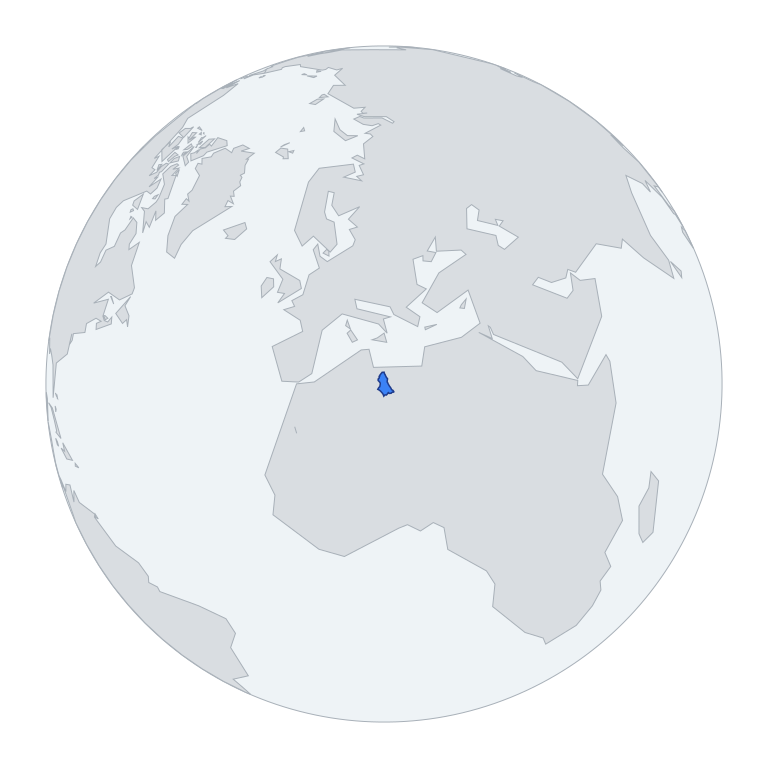 Ghadamis highlighted on a globe, orthographic projection, rotated 335°
{"feature_id": "LBY-2882", "entity_name": "Ghadamis", "entity_type": "Municipality", "adm_level": 1, "iso_a3": "LBY", "parent_name": "Libya", "parent_adm1": "", "projection": "orthographic", "projection_center": [10.859, 30.473], "detail": "fine", "context": "on_globe", "style": "filled", "palette": "blue", "viewbox_px": 768, "rotation_deg": 335, "n_neighbors": 0, "source": "natural_earth", "source_scale": "10m", "svg_char_len": 11171}
<svg xmlns="http://www.w3.org/2000/svg" viewBox="0 0 768 768"><g transform="rotate(335 384 384)"><circle cx="384" cy="384" r="338" fill="#eef3f6" stroke="#a8b0b8"/><path d="M249.1,74.2L281.5,62.6L322.3,52.3L332.1,50.1L332.4,50.5L340.5,48.9L363.3,46.7L364.5,46.7L373.0,46.3L374.6,46.6L362.3,47.8L363.1,48.3L373.4,47.5L381.5,48.0L366.2,48.9L378.8,50.1L360.5,54.6L318.4,60.3L309.9,66.3L271.2,82.5L276.4,82.5L265.1,89.9L267.0,93.0L259.2,96.0L267.4,96.0L274.1,92.8L280.0,91.9L281.7,93.7L272.1,97.5L269.9,97.2L268.0,99.3L262.5,100.6L266.2,101.0L254.4,106.0L268.5,104.0L261.1,110.5L252.7,113.1L250.5,108.9L225.3,107.8L216.1,110.8L205.2,118.3L191.2,139.6L182.2,145.2L172.3,155.6L178.6,153.7L188.6,145.2L197.8,145.3L209.0,135.8L214.4,134.9L227.0,127.5L228.3,133.1L222.8,142.9L212.3,149.6L209.6,154.4L222.1,152.2L205.2,169.9L198.5,191.3L193.8,195.9L179.8,196.0L173.1,184.3L155.0,188.0L170.0,190.7L157.9,203.7L157.3,208.3L159.8,211.0L165.6,208.3L162.2,214.3L146.1,212.9L149.0,207.5L154.1,207.6L150.8,202.7L139.9,203.5L134.7,210.9L123.8,207.1L119.9,212.6L115.3,215.5L122.3,206.6L109.6,223.0L95.9,226.5L78.3,256.6L92.1,226.8L94.9,217.9L96.7,210.8L93.6,215.4L100.1,201.9L99.0,202.4L113.3,181.8L129.0,162.3L146.1,144.0L164.5,127.1L184.1,111.5L204.8,97.5L226.5,85.0L249.1,74.2ZM72.3,253.6L74.5,248.7L72.7,255.1L63.9,275.7L72.3,253.6ZM63.5,276.8L58.9,295.0L53.5,314.2L50.7,329.4L50.8,334.1L50.2,347.1L53.3,340.4L56.7,342.8L53.1,360.0L57.9,349.4L57.8,362.6L66.9,379.8L65.3,382.3L72.4,417.5L86.0,442.4L89.1,458.7L86.9,464.5L92.9,472.2L93.1,477.4L122.3,506.7L141.6,530.0L144.0,547.2L133.6,558.1L137.7,591.1L122.6,587.8L127.9,599.5L132.0,609.0L128.0,604.6L112.7,585.4L98.8,565.2L86.4,544.1L75.6,522.1L66.4,499.4L58.9,476.0L53.0,452.2L49.0,428.0L46.7,403.6L46.1,379.1L47.1,370.5L49.7,344.7L50.2,337.5L48.9,342.2L52.2,319.8L63.5,276.8ZM73.3,265.6L68.2,296.9L66.3,289.0L67.5,288.2L69.8,278.0L72.4,264.6L72.1,259.2L73.3,265.6ZM81.9,257.2L82.4,253.2L82.6,255.9L81.9,257.2ZM266.5,67.2L263.7,68.2L261.0,69.2L266.5,67.2ZM373.9,46.3L375.2,46.2L379.1,46.1L373.9,46.3ZM225.5,125.1L226.2,126.3L223.5,127.0L225.5,125.1ZM230.3,121.0L226.6,121.0L228.3,119.1L230.5,119.1L230.3,121.0ZM385.0,46.7L390.7,47.1L382.8,46.8L385.0,46.7ZM234.4,121.6L231.8,115.7L234.9,112.5L246.1,110.2L234.4,121.6ZM392.7,47.5L406.7,49.3L410.9,48.9L406.9,51.8L396.3,48.7L385.8,48.2L392.3,48.0L392.7,47.5ZM275.5,91.0L268.5,94.5L272.7,90.1L275.5,91.0ZM276.8,88.5L281.7,77.7L293.0,74.1L289.1,78.1L302.4,72.7L305.6,76.1L298.9,79.8L291.0,81.4L298.2,81.6L276.8,88.5ZM402.4,53.5L403.9,54.5L399.9,53.7L402.4,53.5ZM282.6,91.3L282.6,89.1L292.4,85.7L294.2,89.4L290.5,89.2L282.6,91.3ZM304.4,69.9L312.0,68.4L316.6,70.6L320.2,70.4L306.6,75.9L304.4,69.9ZM289.1,91.0L294.9,91.4L291.9,94.9L283.3,93.2L289.1,91.0ZM294.2,83.4L298.9,82.1L296.9,83.9L294.2,83.4ZM284.3,108.3L284.1,105.2L289.2,103.1L284.3,108.3ZM297.3,91.4L298.3,90.3L300.3,89.2L303.4,90.3L297.3,91.4ZM310.8,77.3L311.1,78.8L316.6,75.1L320.3,77.1L310.5,80.6L316.3,80.0L317.4,80.6L308.2,82.8L310.8,77.3ZM312.4,88.5L301.3,94.5L300.7,100.3L296.1,102.2L298.0,92.6L312.4,88.5ZM310.8,84.9L310.8,87.5L305.1,88.3L301.6,87.1L310.8,84.9ZM326.3,77.4L323.2,73.4L325.4,72.9L326.3,77.4ZM313.4,90.0L316.0,88.6L314.0,90.3L313.4,90.0ZM323.6,80.9L322.2,79.5L324.8,78.8L323.6,80.9ZM322.5,87.2L318.9,89.0L316.4,88.0L322.5,87.2ZM323.9,84.2L327.8,83.7L317.7,86.6L322.8,83.6L323.9,84.2ZM326.2,80.6L327.3,79.7L326.5,81.3L326.2,80.6ZM334.0,90.2L321.9,94.1L316.4,91.8L328.9,88.2L334.0,90.2ZM495.5,65.0L490.1,63.4L453.2,54.8L468.9,58.0L467.6,58.3L474.7,60.4L485.6,63.1L485.4,62.7L514.5,76.0L545.3,90.5L537.6,84.7L541.3,85.6L569.5,101.6L616.1,138.6L619.0,141.2L627.7,150.0L626.9,149.1L627.2,149.7L621.2,143.8L630.8,155.1L622.6,147.2L634.2,160.7L639.1,164.7L633.6,157.0L647.1,173.2L652.3,178.6L653.3,179.9L671.2,206.0L686.6,233.6L693.9,250.2L696.4,256.0L695.1,255.0L700.8,271.5L708.8,290.7L715.3,317.6L717.2,327.7L716.0,321.4L712.7,318.7L717.4,342.1L720.1,349.7L720.7,355.1L721.5,368.1L721.5,368.4L719.7,353.5L718.5,352.0L715.0,332.4L706.6,309.8L706.6,322.7L702.9,311.5L691.4,297.2L689.2,315.5L688.3,362.0L694.3,392.1L691.3,410.8L672.6,379.4L661.3,353.4L656.4,361.2L635.6,346.6L604.9,363.7L599.0,357.8L593.6,364.7L578.7,362.8L568.9,352.5L560.6,356.9L586.2,383.7L594.9,379.1L599.9,362.1L605.6,373.0L619.8,377.6L609.9,414.7L561.8,461.1L554.4,439.4L504.2,385.4L504.3,377.6L503.9,376.8L503.1,375.4L501.3,388.5L491.7,377.3L521.4,417.7L527.5,436.2L561.1,462.7L558.6,467.3L568.7,471.3L597.6,451.2L598.3,458.9L586.3,499.3L543.9,558.1L548.1,584.8L542.5,608.5L513.0,630.0L512.4,645.2L496.6,653.9L493.5,662.4L479.1,673.1L456.2,684.0L420.6,688.1L420.9,681.5L406.8,668.8L388.4,631.7L400.0,612.2L397.9,596.7L371.9,560.9L377.7,539.5L370.1,530.4L354.9,532.6L345.8,521.4L336.3,520.9L275.2,523.6L255.2,506.3L228.1,455.6L238.2,438.6L237.6,416.1L304.8,346.9L321.7,352.7L377.7,343.5L385.1,346.2L381.5,364.5L425.8,383.7L436.6,367.5L473.9,374.4L496.8,369.5L499.9,334.4L462.3,341.7L452.9,326.5L480.7,306.5L513.1,301.2L510.5,295.2L487.6,285.8L492.6,272.5L479.4,281.7L486.6,286.8L478.5,293.1L471.4,288.9L473.5,284.1L463.0,283.2L456.0,307.7L462.5,315.7L436.6,323.8L445.0,338.2L438.8,346.2L422.3,325.2L422.1,316.6L393.4,294.9L391.3,304.4L418.2,325.9L410.9,324.8L408.3,339.3L404.5,327.4L375.7,302.8L350.7,309.1L323.0,344.0L307.5,346.2L292.6,338.3L298.5,302.8L332.5,302.0L335.0,290.8L324.6,274.3L335.8,275.9L335.7,269.5L348.2,268.8L362.2,253.4L374.4,251.6L376.6,232.4L383.1,229.2L380.0,241.2L384.3,249.1L414.1,245.6L418.9,241.1L417.9,229.3L426.2,230.5L421.4,219.6L436.9,213.0L414.0,212.4L412.2,200.0L419.7,189.6L415.0,185.8L402.8,203.0L401.7,210.1L407.2,216.2L400.5,237.5L391.0,241.7L382.5,220.2L368.1,224.4L367.8,207.0L400.9,169.1L416.4,161.1L449.2,171.8L447.5,179.8L434.9,179.5L449.6,190.4L447.0,184.3L453.9,185.7L453.9,175.4L458.8,176.0L450.5,165.6L456.5,165.3L461.7,171.8L466.9,157.7L478.5,155.0L477.3,151.6L472.8,148.8L490.5,148.0L488.9,145.6L482.4,144.9L474.9,139.9L468.6,131.1L475.1,131.3L478.2,134.5L494.6,142.0L502.0,151.3L504.0,150.5L499.1,142.7L479.1,133.3L473.5,128.1L483.3,131.3L479.3,129.7L478.5,127.2L483.8,125.2L473.2,121.3L455.9,97.2L464.4,92.0L475.1,96.9L469.8,83.3L479.9,80.4L473.9,79.4L467.4,73.6L464.1,74.3L460.8,73.5L442.5,61.1L443.2,59.1L428.6,54.6L425.5,54.4L424.1,55.5L406.9,51.8L410.9,48.9L417.7,49.4L415.7,48.1L431.4,49.9L443.5,51.5L461.9,55.7L469.8,57.4L468.0,56.8L472.7,57.9L495.5,65.0ZM285.0,385.0L284.0,391.8L285.0,385.0ZM550.1,312.9L567.8,307.7L555.2,289.6L560.9,286.4L554.5,281.8L554.2,288.4L537.8,275.3L543.7,266.5L539.2,258.4L533.0,259.8L524.8,278.4L548.2,296.7L546.1,306.7L550.1,312.9ZM67.3,380.1L68.0,385.6L66.2,382.8L67.3,380.1ZM63.5,294.4L63.6,298.4L62.8,302.9L62.3,301.0L63.5,294.4ZM70.6,325.4L72.0,331.0L69.5,328.0L70.6,325.4ZM68.0,301.5L69.4,321.5L64.8,317.9L64.3,305.6L66.1,310.0L68.0,301.5ZM76.7,264.9L76.2,268.3L74.7,270.6L76.7,264.9ZM82.0,259.4L81.8,258.7L83.1,255.2L82.0,259.4ZM158.9,203.7L160.0,204.0L161.5,207.7L158.5,208.0L158.9,203.7ZM181.7,214.4L175.7,223.9L177.9,216.9L172.6,218.6L170.7,206.7L191.3,197.7L182.3,203.6L181.7,214.4ZM174.0,189.5L172.8,197.3L173.3,189.2L174.0,189.5ZM322.9,238.0L328.3,242.0L325.1,249.3L309.7,254.1L314.1,243.3L322.9,238.0ZM336.6,246.3L332.4,225.0L341.9,221.9L337.3,227.1L343.9,227.2L338.3,235.7L351.4,254.6L349.5,262.5L322.0,265.6L332.1,259.9L326.2,255.9L336.6,246.3ZM305.3,183.7L303.6,176.6L326.2,178.9L325.1,185.4L309.7,189.9L301.9,185.0L305.3,183.7ZM254.7,119.5L252.6,118.2L255.2,116.9L259.2,117.0L254.7,119.5ZM283.8,107.0L266.6,124.6L263.4,123.8L257.2,136.2L246.2,139.1L250.5,130.7L237.5,142.8L237.0,136.4L229.1,145.1L239.9,126.2L238.9,121.7L244.2,125.5L254.3,122.8L258.4,120.3L269.4,110.2L272.3,100.1L282.8,96.6L289.5,96.9L290.4,98.8L283.3,100.2L289.6,101.7L280.0,105.4L283.8,107.0ZM361.5,113.6L352.9,112.5L364.0,120.0L354.4,122.1L356.3,122.9L350.5,127.1L346.7,133.9L342.0,134.1L342.6,136.7L338.7,139.9L337.9,143.7L329.1,145.6L327.5,150.6L324.2,148.8L323.7,157.0L320.1,151.8L314.8,156.1L321.1,158.8L275.4,164.2L259.1,171.8L247.3,181.5L242.8,172.5L250.9,158.2L265.4,143.8L281.9,138.3L276.8,135.7L283.2,132.5L284.5,135.9L286.3,128.9L291.9,127.3L304.9,117.1L304.0,109.0L308.7,105.4L311.9,107.8L314.4,102.7L323.5,105.1L327.1,102.8L339.7,103.2L343.7,110.0L347.4,106.9L357.1,107.7L361.5,113.6ZM337.5,90.5L344.4,97.0L342.6,101.7L321.4,99.0L316.9,100.8L303.3,100.2L306.2,93.6L309.9,94.3L314.1,93.5L311.5,95.9L316.7,93.4L321.9,94.5L327.3,93.0L328.1,95.4L337.5,90.5ZM391.9,338.9L397.4,339.4L405.6,337.9L404.1,347.4L391.9,338.9ZM372.0,322.4L376.7,321.0L378.6,332.8L372.9,332.8L372.0,322.4ZM377.7,310.6L376.8,320.0L373.9,314.9L377.7,310.6ZM384.1,239.6L389.0,237.8L390.1,240.4L388.2,244.8L384.1,239.6ZM392.4,139.3L387.7,137.2L388.8,135.7L383.6,128.3L390.2,126.6L396.0,130.4L392.4,139.3ZM494.4,341.6L488.8,349.5L484.9,347.1L487.6,344.8L494.4,341.6ZM445.0,349.7L457.1,352.3L444.4,352.3L445.0,349.7ZM398.8,136.2L395.9,133.2L401.0,134.3L398.8,136.2ZM394.8,125.0L400.6,125.5L390.4,125.5L394.8,125.0ZM591.9,587.9L565.1,632.1L551.6,637.0L551.8,627.5L563.5,602.4L580.1,590.1L589.0,576.2L591.9,587.9ZM721.8,391.9L718.8,372.7L719.9,367.4L721.7,372.3L721.8,391.9ZM695.4,394.0L701.0,407.2L698.8,413.4L695.4,394.0ZM699.8,264.0L701.5,269.5L699.9,265.6L696.6,256.3L699.8,264.0ZM451.7,123.1L451.5,134.9L455.8,143.4L465.2,147.9L451.9,147.2L445.3,133.9L451.7,123.1ZM454.7,100.1L446.5,97.1L449.9,95.8L452.3,96.2L454.7,100.1ZM449.8,100.2L439.9,101.7L435.2,98.4L444.0,97.7L449.8,100.2ZM419.6,117.6L419.1,121.0L414.9,119.9L419.6,117.6ZM554.2,92.1L536.8,83.5L530.8,80.7L542.8,85.7L545.8,87.3L546.9,88.0L549.6,89.4L554.2,92.1ZM407.0,54.2L404.2,54.4L404.9,53.6L407.0,54.2ZM459.2,74.1L454.7,72.9L455.7,71.6L459.2,74.1ZM442.9,69.1L444.9,71.3L440.1,68.8L442.9,69.1ZM449.8,76.6L444.4,72.2L453.4,76.6L449.8,76.6Z" fill="#d9dde1" stroke="#a8b0b8" stroke-width="1"/><path d="M383.1,375.3L383.2,375.2L383.4,375.1L383.6,375.0L383.7,374.8L383.9,374.3L384.1,374.2L385.6,373.4L386.9,372.8L387.3,372.6L387.7,372.8L387.9,373.1L388.2,373.2L389.0,373.2L389.0,373.9L388.9,374.5L388.8,375.2L388.9,375.8L389.0,376.3L388.9,376.9L388.9,377.6L389.0,378.1L388.9,378.9L389.0,379.4L389.2,379.9L389.5,380.4L389.1,381.3L388.4,382.3L388.0,383.0L387.8,383.3L387.7,383.6L387.9,384.3L387.8,385.4L387.9,386.6L388.0,387.9L388.3,389.3L388.5,390.5L388.5,392.2L388.9,392.9L389.4,393.5L389.5,394.0L389.7,395.0L389.4,395.4L388.8,395.3L388.5,395.0L388.0,395.1L387.8,395.1L387.3,395.0L387.1,395.1L386.7,395.4L386.4,395.4L385.7,395.1L385.5,394.9L384.8,394.8L384.5,394.4L384.4,393.9L384.3,393.6L384.0,393.7L383.6,394.0L383.2,394.3L382.7,394.5L382.3,394.7L381.8,394.9L381.5,395.0L380.8,394.5L380.3,394.3L380.0,394.4L379.6,394.6L379.2,394.7L378.9,394.8L378.7,394.9L378.8,393.9L378.8,392.8L378.7,391.9L378.3,390.5L377.9,389.1L377.3,387.9L376.7,386.9L376.4,386.6L376.1,386.2L377.2,385.4L378.3,384.8L378.5,384.8L378.8,384.8L379.0,384.7L379.6,383.9L380.2,383.0L380.6,382.5L380.9,381.8L381.0,381.6L381.0,381.4L380.9,381.0L380.9,380.8L380.9,380.5L380.9,380.4L380.7,380.1L380.6,379.5L380.2,378.5L380.2,378.4L380.3,378.0L380.3,377.8L380.7,377.5L381.0,376.9L381.3,376.7L381.8,376.7L382.1,376.6L382.3,376.4L382.4,376.1L382.6,375.9L382.7,375.7L382.7,375.3L382.8,375.1L383.0,375.2L383.1,375.3Z" fill="#3b82f6" stroke="#1e3a8a" stroke-width="1.5"/></g></svg>